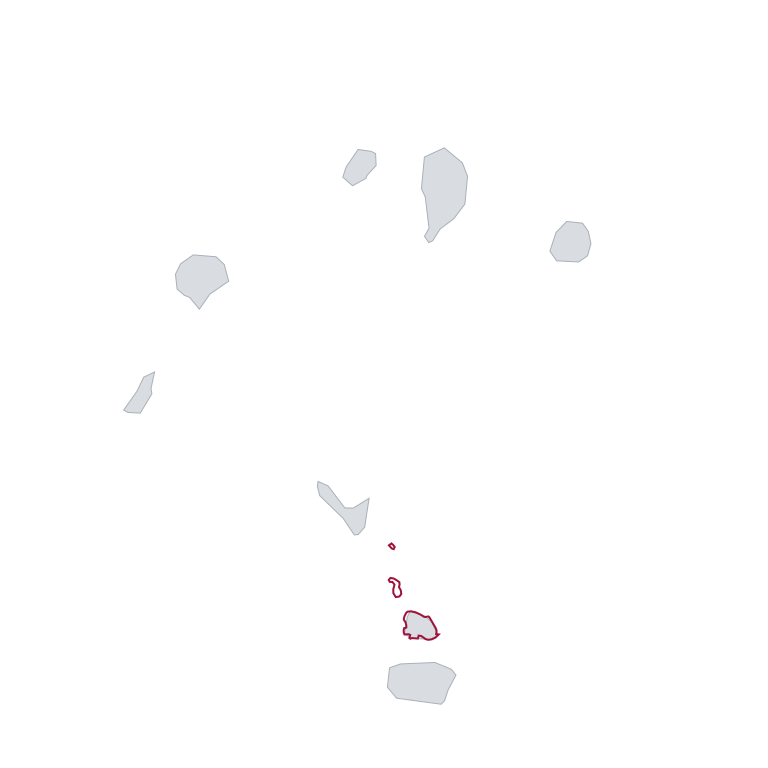 location of São Vicente within Cabo Verde, rotated 216°
{"feature_id": "CPV-5059", "entity_name": "São Vicente", "entity_type": "state/province", "adm_level": 1, "iso_a3": "CPV", "parent_name": "Cabo Verde", "parent_adm1": "", "projection": "natural_earth1", "projection_center": [-24.866, 16.764], "detail": "fine", "context": "in_parent", "style": "outline", "palette": "rose", "viewbox_px": 768, "rotation_deg": 216, "n_neighbors": 0, "source": "natural_earth", "source_scale": "10m", "svg_char_len": 2037}
<svg xmlns="http://www.w3.org/2000/svg" viewBox="0 0 768 768"><g transform="rotate(216 384 384)"><path d="M484.7,591.4L474.0,610.5L450.6,609.0L438.5,601.1L424.3,577.1L424.7,558.6L429.7,542.5L428.8,528.5L430.8,524.8L438.0,527.2L439.2,536.6L460.6,559.6L468.6,564.1L484.7,591.4ZM179.2,188.6L161.9,192.8L154.7,190.8L152.3,174.2L148.8,163.3L149.6,158.5L189.1,137.2L203.0,140.7L212.7,157.7L206.1,167.2L179.2,188.6ZM577.4,336.0L592.1,339.8L597.7,338.4L607.2,339.2L617.2,350.2L619.2,361.7L614.2,376.3L594.7,388.2L583.5,386.8L570.1,375.9L577.7,354.4L577.4,336.0ZM331.7,622.9L317.9,630.8L308.2,627.4L299.1,619.2L294.7,607.4L298.2,597.2L316.8,585.1L327.9,589.0L333.9,607.7L331.7,622.9ZM370.4,255.9L377.7,262.0L380.1,266.4L369.3,268.7L342.9,260.7L335.9,265.6L328.9,282.8L315.5,256.8L316.4,247.2L319.3,244.4L338.0,251.3L370.4,255.9ZM531.1,564.7L526.2,565.4L518.8,556.1L520.4,543.1L519.5,539.7L526.0,525.9L538.9,527.1L542.2,537.3L542.8,558.5L531.1,564.7ZM229.1,215.2L214.6,220.2L205.6,219.6L192.7,212.2L196.8,204.3L210.7,195.5L220.4,193.6L228.3,209.3L229.1,215.2ZM582.4,248.3L576.7,258.9L569.8,243.3L566.0,239.6L564.1,217.2L574.4,210.5L579.3,209.9L579.6,233.1L582.4,248.3Z" fill="#d9dde1" stroke="#a8b0b8" stroke-width="1"/><path d="M223.3,199.2L222.8,200.1L224.3,202.1L226.8,204.0L229.3,204.9L230.2,206.1L231.0,208.6L231.5,211.5L231.2,213.6L228.4,216.1L224.1,217.9L219.2,218.9L214.8,219.2L213.7,219.7L211.9,221.6L211.3,222.1L210.0,221.9L198.9,217.0L197.1,215.9L195.7,214.3L194.8,212.3L192.5,213.6L193.3,209.1L195.3,205.5L197.9,203.0L200.3,202.1L205.8,202.0L208.1,200.8L207.0,198.0L212.0,194.9L213.0,193.4L214.2,193.4L215.3,196.4L217.1,196.0L220.2,193.4L221.9,194.5L223.5,196.5L224.2,198.4L223.3,199.2ZM249.2,218.5L253.5,220.3L255.8,223.3L257.6,227.9L260.9,228.8L263.0,227.3L265.0,228.2L264.8,230.9L261.7,232.4L258.1,232.7L255.1,232.7L253.5,230.9L252.5,228.5L249.2,227.0L246.6,224.3L246.6,221.2L249.2,218.5ZM281.1,255.5L285.2,256.4L284.2,259.4L281.7,259.1L279.6,258.5L279.1,256.1L281.1,255.5Z" fill="none" stroke="#9f1239" stroke-width="2"/></g></svg>